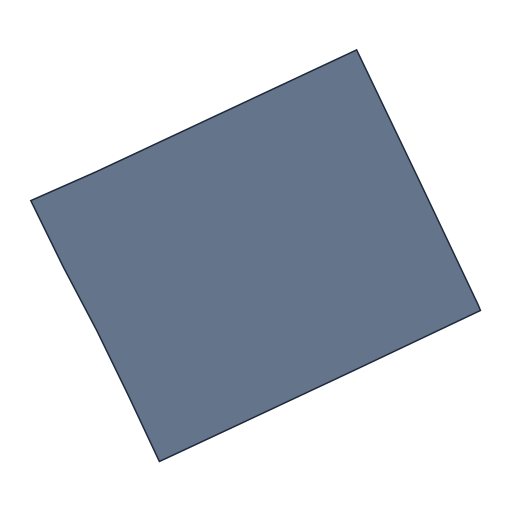 outline of Calhoun, Michigan, United States of America, rotated 155°
{"feature_id": "52423323B83216997168668", "entity_name": "Calhoun", "entity_type": "district", "adm_level": 2, "iso_a3": "USA", "parent_name": "United States of America", "parent_adm1": "Michigan", "projection": "orthographic", "projection_center": [-84.967, 42.246], "detail": "fine", "context": "isolated", "style": "filled", "palette": "slate", "viewbox_px": 512, "rotation_deg": 155, "n_neighbors": 0, "source": "geoboundaries", "source_scale": "gbopen_adm2", "svg_char_len": 323}
<svg xmlns="http://www.w3.org/2000/svg" viewBox="0 0 512 512"><g transform="rotate(155 256 256)"><path d="M214.5,110.9L75.6,111.8L75.3,118.1L76.2,255.8L77.7,400.3L364.9,399.9L436.7,401.4L435.3,327.9L431.8,255.4L430.6,182.7L430.4,110.6L358.6,110.6L214.5,110.9Z" fill="#64748b" stroke="#1e293b" stroke-width="1.5"/></g></svg>